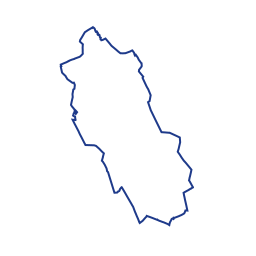 Sutru pag., Livanu, Latvia, rotated 238°
{"feature_id": "27541924B27352214783038", "entity_name": "Sutru pag.", "entity_type": "district", "adm_level": 2, "iso_a3": "LVA", "parent_name": "Latvia", "parent_adm1": "Livanu", "projection": "equal_earth", "projection_center": [26.515, 56.305], "detail": "fine", "context": "isolated", "style": "outline", "palette": "blue", "viewbox_px": 256, "rotation_deg": 238, "n_neighbors": 0, "source": "geoboundaries", "source_scale": "gbopen_adm2", "svg_char_len": 5065}
<svg xmlns="http://www.w3.org/2000/svg" viewBox="0 0 256 256"><g transform="rotate(238 128 128)"><path d="M23.8,111.6L24.0,111.8L24.3,112.0L24.7,112.4L25.1,112.9L25.4,113.2L25.8,113.5L25.9,113.8L26.0,114.0L26.3,114.6L26.7,115.2L26.9,115.6L27.2,116.1L27.4,116.4L27.6,116.6L27.7,116.8L27.7,117.1L27.7,117.6L27.6,117.9L27.6,118.1L26.8,118.4L26.7,118.4L26.7,118.5L26.8,118.6L26.9,118.8L27.1,119.1L27.3,119.3L27.5,119.4L27.4,119.5L27.0,120.6L27.0,120.8L26.3,124.3L26.1,125.9L25.9,127.1L25.8,128.9L25.8,129.6L25.8,130.4L25.8,130.5L26.0,130.7L26.4,131.4L26.9,132.1L27.3,132.6L27.5,132.9L27.6,133.0L27.3,133.5L26.8,134.2L26.5,134.6L31.7,136.5L37.2,138.4L39.3,139.2L40.8,139.7L43.6,140.8L43.6,141.3L43.6,142.2L43.5,143.4L43.5,144.4L43.4,145.1L43.3,147.3L43.4,147.5L43.3,148.7L43.2,149.4L43.3,149.5L43.3,150.1L43.2,151.6L43.4,151.7L44.7,151.7L47.7,151.9L49.6,152.0L51.2,152.0L51.3,152.0L51.8,152.6L53.3,154.0L54.2,155.0L56.8,157.6L59.0,159.7L62.3,159.3L67.5,158.6L69.9,158.2L70.0,158.1L71.1,158.0L72.1,157.9L73.1,157.9L74.1,157.8L76.1,157.8L76.5,157.8L78.1,157.8L79.5,157.7L81.5,157.6L83.5,159.9L84.7,161.1L85.8,162.2L86.0,162.4L87.9,164.3L88.3,164.7L92.5,166.9L96.4,164.4L97.0,164.0L101.9,160.8L101.9,160.7L104.3,157.5L106.7,154.2L119.5,155.5L129.7,156.6L130.9,156.7L133.8,157.4L139.3,158.7L139.4,160.6L143.8,164.6L150.3,165.7L152.0,165.7L153.6,165.8L155.3,166.0L162.8,166.9L163.4,168.1L167.9,167.5L170.2,167.2L170.9,167.8L171.4,168.1L171.5,168.3L172.9,172.0L173.3,172.5L175.7,173.8L176.0,173.6L180.4,173.3L181.5,173.5L182.9,173.6L186.0,173.4L185.7,172.3L185.9,172.3L187.1,172.5L188.2,172.9L188.5,173.0L191.5,172.8L191.7,172.0L191.7,170.9L191.7,170.5L191.8,170.2L192.4,167.3L192.8,165.5L194.0,163.3L195.4,161.2L197.8,160.3L199.8,159.7L200.5,159.5L206.3,157.6L206.5,157.6L207.0,157.5L207.7,157.4L208.8,157.3L211.7,156.9L215.8,156.3L216.1,153.3L216.2,153.1L216.4,152.2L216.5,152.0L216.8,152.1L217.1,152.0L217.2,151.9L217.4,151.8L217.6,151.7L217.8,151.7L218.0,151.7L218.3,151.9L218.4,152.0L218.6,152.2L218.7,152.4L218.7,152.5L218.8,152.7L218.9,152.8L219.0,152.8L219.2,152.7L219.3,152.6L219.5,152.4L219.8,152.3L220.0,152.3L220.3,152.4L220.8,152.6L221.6,153.0L221.9,153.1L222.1,153.1L222.3,153.0L222.4,152.9L222.5,152.3L222.6,152.1L222.8,151.9L223.0,151.9L223.4,151.8L223.5,151.8L223.7,152.0L223.8,152.2L224.2,152.6L224.3,152.8L224.6,152.8L224.8,152.7L225.0,152.5L225.3,152.7L225.6,152.7L226.0,152.8L226.4,152.7L226.6,152.7L226.7,152.4L226.5,152.2L226.2,151.9L226.4,151.7L226.7,151.7L226.9,151.7L227.5,151.8L227.8,151.8L228.2,151.9L228.5,152.0L229.1,152.2L229.4,152.2L229.6,152.3L230.1,152.3L230.5,152.3L230.6,152.2L230.9,152.1L231.3,152.0L231.5,151.9L231.6,151.6L231.6,151.4L231.8,151.3L231.8,151.2L232.1,151.3L232.1,150.0L232.2,145.8L232.1,143.3L232.1,142.2L231.5,141.0L229.5,137.2L228.7,135.6L228.5,135.1L228.2,134.6L228.0,134.1L227.8,133.9L227.7,133.8L226.8,133.0L222.9,134.1L221.8,133.2L221.3,132.9L220.5,132.3L219.0,131.4L218.1,130.9L216.4,129.8L214.9,129.0L214.6,127.9L214.3,126.8L214.0,125.0L214.0,124.7L214.5,122.3L215.1,119.4L215.0,119.2L215.2,118.5L215.7,116.7L216.0,115.1L216.1,114.7L216.2,113.9L216.3,112.7L216.2,112.7L216.5,109.8L216.6,109.7L217.4,104.6L215.9,104.2L216.0,104.0L216.0,103.6L215.4,103.4L214.6,103.1L210.1,101.5L209.7,101.5L209.4,101.5L205.9,102.4L205.3,102.6L205.2,102.6L204.2,102.5L201.9,102.5L201.6,102.5L201.4,102.5L196.1,104.7L195.8,104.8L195.4,105.3L195.2,105.6L195.1,105.8L195.1,106.1L194.8,106.1L192.6,105.7L192.0,105.2L190.0,103.6L189.9,103.5L189.7,103.4L189.6,102.0L188.8,101.3L187.7,100.3L186.4,99.1L186.2,98.9L183.5,97.5L182.5,96.5L180.1,94.1L178.3,92.4L177.8,91.9L177.7,91.9L176.7,91.9L176.0,91.9L175.7,91.9L174.9,92.1L173.9,92.2L173.5,92.3L173.4,92.3L173.3,92.2L173.2,92.2L171.6,92.6L170.3,92.9L168.4,93.2L167.6,91.2L170.1,91.2L169.5,90.7L169.4,90.6L169.3,90.1L169.3,89.9L169.1,89.6L168.8,89.3L168.4,88.9L168.0,88.5L167.6,88.0L166.5,88.5L166.1,88.8L165.6,89.1L164.6,88.6L163.7,88.2L162.8,87.9L162.6,87.7L164.0,85.9L164.4,85.4L160.3,85.0L159.4,84.9L158.9,84.9L152.6,84.4L152.2,84.4L149.9,84.1L149.4,84.0L147.4,83.8L145.7,83.7L141.0,83.3L138.9,83.1L137.5,83.0L136.8,83.0L136.1,82.9L135.9,83.2L134.3,85.6L131.2,90.2L130.0,91.2L129.8,91.4L125.7,92.6L121.8,93.4L119.3,94.1L118.3,93.0L116.7,91.3L116.5,91.2L114.9,89.4L114.1,88.5L112.8,88.8L110.8,88.8L109.0,88.8L106.3,88.5L105.1,88.4L102.4,87.4L101.2,87.7L80.3,82.2L79.8,83.1L79.0,84.6L79.0,84.8L79.4,85.9L79.3,86.0L79.2,87.1L79.4,87.6L79.5,87.8L79.9,88.1L80.3,88.6L80.6,89.3L81.0,90.5L81.2,91.2L81.1,91.3L76.3,91.2L73.2,91.1L71.4,91.0L65.2,90.8L61.9,90.7L60.3,90.6L58.5,90.6L57.5,90.4L55.1,89.9L53.1,89.5L52.3,89.4L51.8,89.3L51.6,89.3L48.8,88.8L45.9,88.4L45.3,88.3L44.4,88.1L42.3,87.8L42.3,87.7L42.1,87.7L41.4,87.6L41.2,87.6L41.4,89.7L41.4,90.1L41.5,91.0L41.6,91.5L42.1,93.1L42.8,95.5L42.9,95.8L43.0,96.5L43.2,97.0L43.5,97.3L41.4,99.0L38.7,101.1L37.6,101.9L35.3,103.6L34.5,104.2L34.6,104.4L33.6,104.8L32.2,105.8L32.0,106.0L30.0,107.5L29.2,108.2L29.1,108.3L28.8,108.5L28.3,108.8L27.7,109.3L27.2,109.6L25.9,110.5L25.7,110.7L23.8,111.6Z" fill="none" stroke="#1e3a8a" stroke-width="2"/></g></svg>